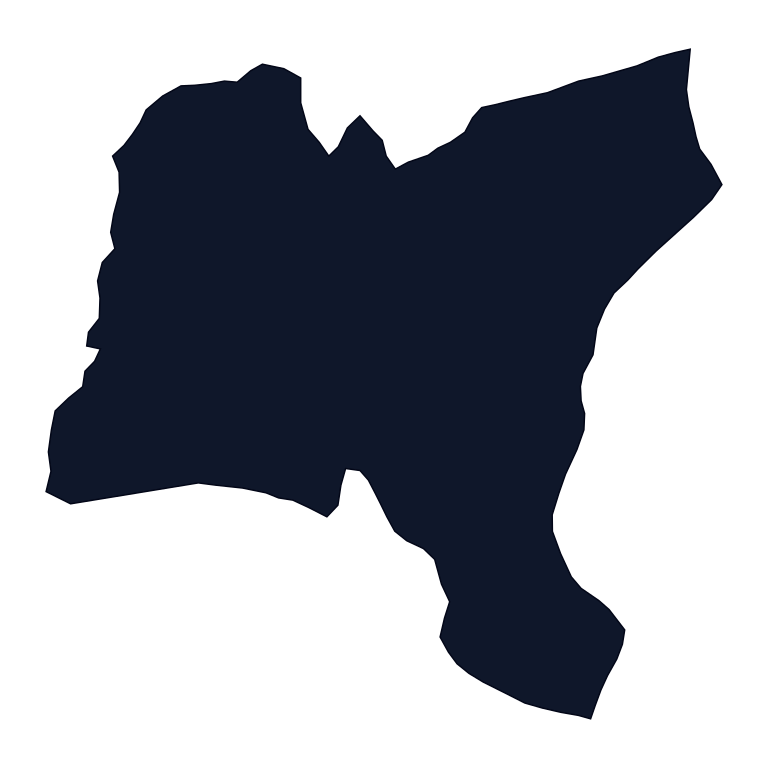 São José, Santa Catarina, Brazil (Natural Earth projection)
{"feature_id": "56859067B94566880150120", "entity_name": "São José", "entity_type": "district", "adm_level": 2, "iso_a3": "BRA", "parent_name": "Brazil", "parent_adm1": "Santa Catarina", "projection": "natural_earth1", "projection_center": [-48.654, -27.59], "detail": "fine", "context": "isolated", "style": "filled", "palette": "ink", "viewbox_px": 768, "rotation_deg": 0, "n_neighbors": 0, "source": "geoboundaries", "source_scale": "gbopen_adm2", "svg_char_len": 1743}
<svg xmlns="http://www.w3.org/2000/svg" viewBox="0 0 768 768"><path d="M113.7,214.3L110.7,232.3L114.9,248.7L102.3,262.5L97.6,280.9L100.0,298.1L99.3,318.4L88.5,332.2L86.7,346.0L100.4,348.9L94.6,361.3L85.0,371.2L82.7,386.7L68.7,398.0L55.2,410.9L51.4,429.9L48.4,451.9L51.0,471.3L46.1,491.6L70.6,503.8L198.3,482.9L216.2,485.2L242.4,488.0L266.0,492.8L278.6,497.9L292.8,500.1L308.5,507.4L326.9,516.8L337.9,505.2L340.9,485.2L345.6,468.5L360.0,470.5L368.4,480.1L375.0,492.8L380.8,504.3L386.9,516.8L394.8,531.2L406.7,540.7L423.5,548.6L434.7,559.4L441.5,584.2L449.7,601.7L444.5,618.1L440.1,637.0L448.5,652.2L457.1,663.8L469.0,673.4L483.3,682.1L503.1,692.0L524.8,703.0L542.6,708.1L560.8,712.3L578.5,715.4L590.6,718.8L595.3,705.2L600.9,690.0L607.5,675.6L616.8,659.0L622.4,644.3L624.7,629.9L609.1,609.6L599.1,600.8L581.1,588.4L571.3,576.9L560.6,553.7L552.4,531.4L552.2,514.8L558.9,493.1L565.5,474.2L576.9,449.6L583.9,429.9L584.6,413.5L581.1,400.8L580.4,386.4L583.0,373.4L593.0,354.8L596.8,328.0L604.5,309.1L614.0,293.0L627.8,280.0L637.9,269.0L656.1,251.0L693.7,217.1L711.6,199.6L721.9,184.6L711.0,164.3L699.7,149.1L696.0,136.7L693.0,122.9L688.8,106.8L686.4,89.6L690.2,49.2L675.0,52.6L658.4,57.1L637.0,65.9L601.9,76.0L578.6,81.1L547.5,92.7L524.2,97.7L509.7,101.1L494.8,104.8L481.7,107.6L472.6,117.8L464.9,132.2L450.4,142.3L437.8,148.2L428.2,155.3L408.4,162.1L395.3,169.1L386.2,156.1L382.2,140.3L373.1,131.0L360.0,115.8L347.4,127.9L338.3,146.8L328.8,156.1L319.2,142.3L308.0,129.3L300.7,102.8L300.7,78.0L283.9,68.7L262.4,64.2L250.8,70.7L237.2,82.2L224.4,81.1L211.3,83.6L194.7,85.3L181.0,85.9L162.7,96.0L146.2,109.9L140.1,122.9L132.4,134.4L124.0,145.4L112.6,156.1L119.1,172.2L119.6,192.3L113.7,214.3Z" fill="#0f172a" stroke="#020617" stroke-width="1.5"/></svg>